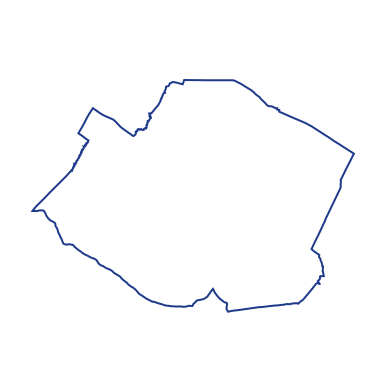 the district of Orodel, Dolj, Romania, rotated 277°
{"feature_id": "2599482B27494005869762", "entity_name": "Orodel", "entity_type": "district", "adm_level": 2, "iso_a3": "ROU", "parent_name": "Romania", "parent_adm1": "Dolj", "projection": "albers", "projection_center": [23.277, 44.26], "detail": "fine", "context": "isolated", "style": "outline", "palette": "blue", "viewbox_px": 384, "rotation_deg": 277, "n_neighbors": 0, "source": "geoboundaries", "source_scale": "gbopen_adm2", "svg_char_len": 5754}
<svg xmlns="http://www.w3.org/2000/svg" viewBox="0 0 384 384"><g transform="rotate(277 192 192)"><path d="M249.8,348.0L257.7,331.6L259.6,327.4L263.4,320.1L263.8,319.1L271.7,302.8L274.1,296.7L275.2,293.1L278.2,282.6L282.4,268.7L284.1,268.6L284.1,266.5L285.5,266.4L285.4,265.4L285.5,264.0L286.1,263.0L286.7,260.7L286.8,260.0L286.5,259.0L286.5,258.7L286.6,257.3L287.5,255.7L289.4,253.6L290.9,251.5L291.9,250.2L292.6,249.3L293.4,248.4L294.3,247.7L295.4,245.6L296.9,243.1L298.6,241.1L300.5,237.9L303.5,231.2L305.0,228.1L307.0,222.7L307.6,220.8L307.9,219.1L304.7,192.9L302.2,170.6L297.9,169.7L298.1,167.0L298.6,164.1L298.9,159.5L298.5,158.9L297.4,157.8L297.4,157.1L297.2,156.9L296.1,156.4L295.8,156.4L294.7,156.0L294.2,155.6L294.0,155.1L293.9,154.4L293.6,154.0L293.4,153.6L293.3,153.4L293.1,153.3L292.4,153.5L292.0,153.4L291.2,153.4L289.4,152.9L288.6,152.5L288.1,152.5L287.7,152.8L287.5,153.2L287.3,153.2L287.1,153.2L287.0,152.9L286.9,152.1L285.9,151.5L284.4,151.0L283.9,151.2L283.3,150.8L282.7,150.8L281.8,150.5L281.2,150.0L281.0,149.9L280.5,150.2L279.4,149.6L278.3,149.6L277.7,149.3L276.7,148.9L273.7,147.7L271.4,146.0L265.4,142.3L265.5,142.0L265.4,141.7L264.9,141.4L264.8,141.1L264.8,140.2L264.7,139.9L264.3,140.1L263.9,140.8L262.5,140.5L262.4,140.5L262.5,141.3L262.3,141.5L261.9,141.4L261.3,141.3L261.3,141.7L260.9,142.2L260.6,142.3L259.1,141.0L257.5,140.7L257.2,140.3L257.3,139.8L257.1,139.4L256.7,139.4L255.5,139.7L255.2,139.3L254.4,139.1L253.8,139.3L253.4,139.4L253.1,139.2L252.8,138.6L252.5,138.5L251.7,138.9L250.6,139.1L249.4,138.7L249.3,138.4L249.4,138.2L249.8,137.9L249.7,137.6L249.1,137.3L248.9,136.7L248.1,136.7L247.9,136.5L247.5,135.7L247.6,135.1L248.3,133.8L247.5,133.1L247.4,132.6L247.6,132.1L248.0,131.8L248.0,131.3L247.6,130.5L247.0,130.2L246.6,130.2L246.1,130.4L245.7,130.2L245.3,129.5L245.3,129.1L245.1,128.8L244.7,128.8L244.5,129.2L244.2,129.3L242.2,128.8L242.0,128.5L241.7,128.4L240.4,127.1L240.5,126.6L245.0,118.2L247.4,113.9L247.9,113.1L249.9,110.8L253.2,106.7L254.3,105.0L257.2,95.3L257.7,94.0L258.6,92.0L263.1,83.4L256.3,80.1L250.9,77.9L249.5,77.5L242.2,74.6L236.5,72.1L235.7,73.4L234.6,75.6L231.6,80.8L230.6,82.9L230.3,82.7L228.7,82.6L228.1,82.3L227.9,81.5L227.6,81.2L227.5,81.3L227.4,81.7L226.9,81.3L226.5,81.3L226.3,80.8L225.8,80.9L225.9,80.4L225.4,80.1L224.5,80.1L224.4,79.9L224.5,79.6L224.4,79.5L224.2,79.6L223.9,79.8L223.5,79.8L223.5,79.6L223.6,79.3L223.3,79.5L222.8,79.1L221.9,79.0L221.4,78.5L221.0,78.7L220.4,78.3L220.3,77.8L219.7,78.1L219.2,77.7L219.1,77.4L218.8,77.4L218.1,77.6L218.0,77.2L217.9,77.0L217.1,77.2L216.9,77.0L216.6,77.1L216.4,76.9L216.0,76.9L216.1,76.7L215.4,76.4L215.0,76.1L214.4,76.2L214.1,75.8L213.6,76.0L213.2,75.6L212.8,75.8L212.5,75.5L211.9,75.6L211.2,75.0L210.3,74.5L209.6,74.6L209.4,74.4L209.3,73.9L208.6,73.5L207.7,73.6L207.3,73.3L207.0,73.5L206.7,73.2L206.6,72.9L206.4,72.7L206.0,72.5L205.7,72.7L205.6,72.3L205.6,72.2L205.3,72.5L204.9,72.4L204.5,71.8L204.4,71.9L204.3,72.2L204.2,72.3L204.0,72.2L203.9,71.9L203.0,72.0L202.9,71.8L203.0,71.6L202.5,71.6L202.0,71.0L201.8,71.1L200.5,71.0L200.0,70.6L199.6,70.5L199.3,69.9L199.1,70.0L198.8,70.4L198.5,70.5L198.4,70.4L198.4,70.2L198.3,69.8L197.9,69.5L197.6,68.8L197.2,68.7L196.3,67.9L192.6,65.4L187.0,61.0L175.0,51.6L165.2,44.2L163.1,42.5L159.6,39.7L156.8,37.8L154.7,36.5L153.7,36.0L154.2,40.5L155.0,42.4L155.3,43.6L155.3,44.7L155.6,46.2L155.6,46.6L155.3,47.1L153.6,48.7L152.6,49.3L150.9,50.2L148.8,52.0L147.9,53.0L147.4,53.6L147.1,54.2L146.4,55.0L146.0,56.5L145.5,57.7L144.8,59.3L144.6,59.6L144.3,59.9L143.3,60.4L142.7,60.4L142.1,60.5L141.1,61.1L139.5,62.5L138.8,62.9L136.3,63.9L134.9,64.6L131.6,66.9L130.8,67.0L130.3,67.6L129.2,68.5L127.3,69.3L125.8,70.2L125.4,70.4L125.0,70.9L124.6,72.1L124.5,73.3L124.5,74.3L124.9,75.0L125.2,76.7L125.1,77.5L125.1,79.6L124.9,80.3L124.6,80.8L123.2,82.3L121.0,85.7L120.0,87.4L119.3,89.0L118.6,89.9L118.1,90.7L116.9,93.4L115.9,96.5L115.4,97.7L115.3,98.2L114.8,99.2L114.4,100.5L114.0,102.3L114.0,102.9L113.5,104.0L112.8,105.4L112.4,105.9L110.7,107.1L108.9,109.0L108.7,109.4L108.2,110.5L107.6,112.8L106.0,116.1L105.6,117.7L105.2,118.9L104.9,120.3L104.4,121.5L102.9,123.6L102.4,124.2L101.8,125.3L99.9,129.8L99.4,130.7L98.5,131.8L97.7,132.6L96.6,134.0L95.7,135.4L94.5,137.6L93.3,139.2L92.4,140.1L90.9,142.8L89.9,145.2L89.1,146.4L88.6,147.3L87.4,148.8L84.8,151.6L84.3,152.2L83.1,154.9L80.6,159.7L79.9,161.8L79.2,163.4L78.2,166.4L78.5,167.2L77.3,172.8L77.2,174.1L76.5,177.7L76.1,179.8L76.1,180.5L76.2,182.2L76.1,185.2L76.5,191.3L77.0,193.8L77.0,197.0L77.2,198.6L77.7,200.6L78.2,201.4L78.6,202.6L78.8,204.7L79.0,206.4L81.0,207.0L81.9,207.7L82.2,208.1L82.7,208.5L85.0,210.1L85.9,213.2L86.9,215.8L87.1,216.4L88.4,218.2L89.9,219.9L97.2,223.8L98.4,224.6L97.0,225.6L95.0,226.8L92.4,229.3L90.2,231.7L89.0,233.4L86.5,237.6L86.4,238.0L86.4,239.4L86.0,240.1L85.5,240.4L84.6,240.5L80.8,240.4L80.3,240.5L79.3,241.1L77.6,242.4L78.1,244.0L78.9,246.1L79.9,250.1L80.1,251.2L85.8,272.2L86.1,273.5L86.1,274.1L86.3,275.4L86.7,277.0L88.2,282.8L89.9,290.4L89.9,291.1L90.6,293.5L91.0,295.0L91.2,296.9L91.9,298.1L92.2,299.4L92.5,301.0L92.5,302.7L93.1,304.0L93.7,305.9L94.0,307.2L94.4,310.0L94.0,310.9L94.1,311.1L94.3,311.3L95.5,312.1L96.4,312.9L98.2,315.0L99.6,316.0L101.7,317.4L108.5,321.8L113.0,324.6L114.0,325.1L114.9,325.7L116.0,326.3L117.1,327.9L116.3,329.4L116.2,329.7L116.3,329.9L118.9,327.7L119.4,328.0L120.6,329.2L120.9,329.4L122.0,329.5L123.3,329.3L124.0,329.5L124.2,330.3L124.4,332.6L124.6,333.1L125.3,332.8L128.9,331.7L129.0,331.4L134.1,331.1L134.3,330.3L135.7,330.1L137.9,329.2L139.9,327.9L141.5,327.5L142.5,326.3L142.9,326.0L145.0,326.0L148.1,320.2L149.9,317.6L158.2,320.3L163.9,322.4L179.3,327.4L182.1,328.1L214.4,339.0L222.8,338.2L223.6,338.7L234.0,342.3L241.8,345.2L249.8,348.0Z" fill="none" stroke="#1e3a8a" stroke-width="2"/></g></svg>